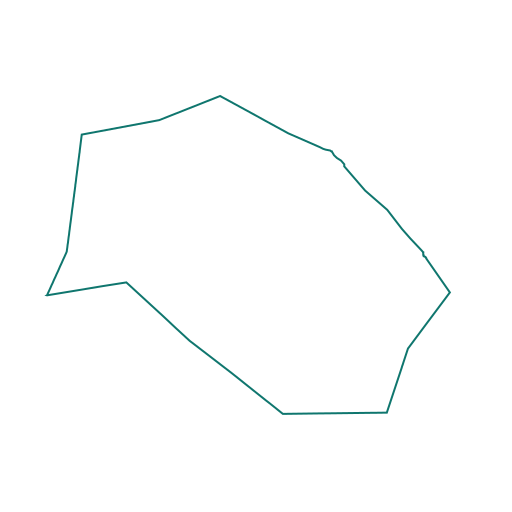 Meråker nor, Nord-Trøndelag, Norway (Mercator projection), rotated 103°
{"feature_id": "86288312B15566061957795", "entity_name": "Meråker nor", "entity_type": "district", "adm_level": 2, "iso_a3": "NOR", "parent_name": "Norway", "parent_adm1": "Nord-Trøndelag", "projection": "mercator", "projection_center": [11.797, 63.407], "detail": "fine", "context": "isolated", "style": "outline", "palette": "teal", "viewbox_px": 512, "rotation_deg": 103, "n_neighbors": 0, "source": "geoboundaries", "source_scale": "gbopen_adm2", "svg_char_len": 2337}
<svg xmlns="http://www.w3.org/2000/svg" viewBox="0 0 512 512"><g transform="rotate(103 256 256)"><path d="M341.3,450.8L341.3,450.7L339.2,445.6L330.2,423.7L320.2,399.5L310.9,376.4L327.8,346.6L333.3,336.9L334.0,335.6L344.4,317.7L353.6,301.5L359.2,289.2L375.5,253.5L387.9,227.6L394.4,214.0L396.0,210.5L403.8,194.3L395.6,160.8L392.0,145.9L382.6,107.3L382.6,107.2L379.2,93.3L332.2,88.9L330.2,88.8L329.6,88.7L329.4,88.7L329.1,88.6L328.5,88.6L328.0,88.5L327.4,88.5L311.9,87.1L311.1,86.7L284.6,75.1L247.9,58.9L220.2,89.5L219.9,89.5L219.7,89.7L219.6,89.8L219.5,90.0L219.4,90.0L219.2,90.2L219.2,90.3L219.1,90.5L218.9,90.6L218.8,90.8L218.7,90.9L218.7,91.0L218.7,91.3L218.7,91.5L218.6,91.9L218.5,92.0L218.5,92.3L218.4,92.3L218.3,92.5L218.2,92.5L217.9,92.7L217.9,92.8L217.9,93.0L217.7,93.1L217.5,92.9L217.4,92.9L217.3,93.0L217.2,93.0L216.9,93.3L216.7,93.4L216.6,93.5L214.8,93.8L214.8,94.0L214.7,94.0L212.8,96.7L204.2,109.6L196.8,119.9L181.5,138.5L167.7,164.4L148.8,190.2L146.8,190.6L143.9,194.6L142.3,199.2L140.3,202.6L137.1,205.6L137.3,205.8L136.5,207.6L136.6,208.7L136.6,208.8L136.6,209.1L136.6,209.3L136.7,212.0L136.5,214.4L136.5,214.6L135.6,218.2L135.5,218.7L135.5,218.8L129.2,252.2L122.1,277.5L119.2,287.6L108.2,327.0L145.4,380.9L176.9,453.1L192.5,451.5L194.8,451.2L196.5,451.1L198.1,450.9L201.3,450.6L203.4,450.4L206.1,450.1L208.3,449.9L209.3,449.8L209.6,449.8L212.0,449.5L213.5,449.4L215.3,449.2L217.4,449.0L219.5,448.8L220.5,448.7L221.5,448.6L221.9,448.5L226.1,448.1L226.6,448.1L228.2,447.9L228.6,447.8L230.0,447.7L231.8,447.5L233.8,447.3L234.5,447.3L235.7,447.1L236.6,447.1L237.9,446.9L238.7,446.8L240.3,446.7L241.3,446.6L242.2,446.5L243.2,446.4L243.9,446.3L244.7,446.2L245.4,446.2L247.2,446.0L249.0,445.8L250.4,445.7L251.6,445.6L253.7,445.4L256.2,445.1L258.5,444.9L261.4,444.6L263.4,444.4L264.5,444.3L266.8,444.1L268.6,443.9L270.8,443.7L271.3,443.6L273.8,443.4L274.8,443.3L277.2,443.0L280.0,442.8L281.8,442.6L282.9,442.5L285.3,442.2L287.3,442.1L289.9,441.8L292.4,441.6L294.3,441.4L294.8,441.5L296.1,441.7L296.6,441.8L297.5,442.0L300.1,442.5L302.8,443.1L303.9,443.3L306.1,443.7L308.0,444.1L310.3,444.6L312.0,444.9L315.3,445.5L317.1,445.9L318.9,446.3L321.1,446.7L324.3,447.4L325.9,447.7L328.2,448.1L330.3,448.6L333.0,449.1L336.0,449.7L337.4,450.0L339.3,450.4L341.2,450.7L341.3,450.8Z" fill="none" stroke="#0f766e" stroke-width="2"/></g></svg>